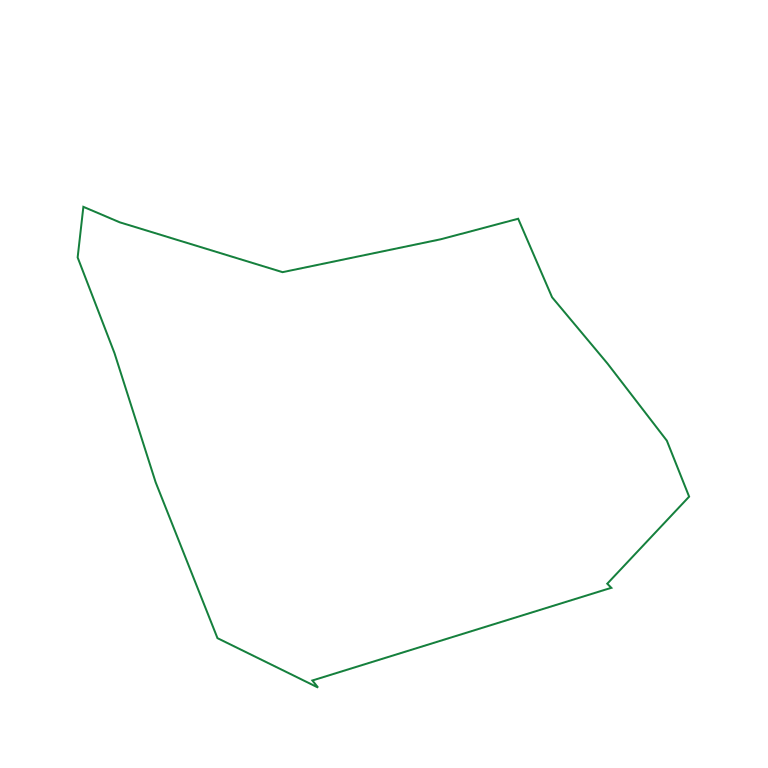 outline of 67, Ad Dawhah, Qatar, rotated 160°
{"feature_id": "91078587B3591736578448", "entity_name": "67", "entity_type": "district", "adm_level": 2, "iso_a3": "QAT", "parent_name": "Qatar", "parent_adm1": "Ad Dawhah", "projection": "robinson", "projection_center": [51.491, 25.342], "detail": "fine", "context": "isolated", "style": "outline", "palette": "green", "viewbox_px": 768, "rotation_deg": 160, "n_neighbors": 0, "source": "geoboundaries", "source_scale": "gbopen_adm2", "svg_char_len": 394}
<svg xmlns="http://www.w3.org/2000/svg" viewBox="0 0 768 768"><g transform="rotate(160 384 384)"><path d="M240.1,114.7L242.5,120.0L135.8,173.8L137.6,234.0L167.0,326.8L196.4,408.0L201.4,493.4L281.2,500.6L441.1,523.8L577.0,626.3L605.9,653.3L628.6,607.7L626.7,505.2L632.2,369.8L627.4,202.1L549.8,121.3L552.7,129.9L247.2,115.1L240.1,114.7Z" fill="none" stroke="#15803d" stroke-width="2"/></g></svg>